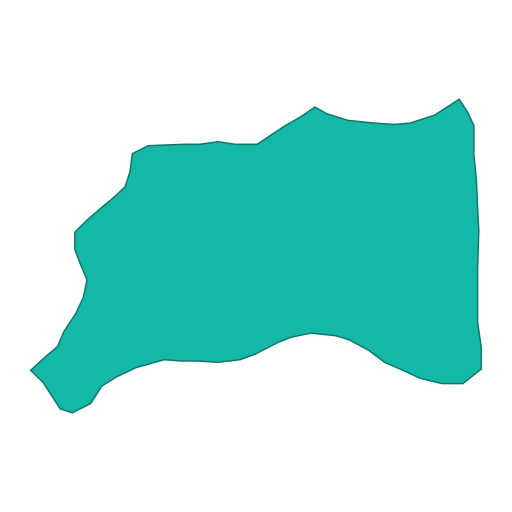 Gastria, Cyprus
{"feature_id": "46923920B84775184962851", "entity_name": "Gastria", "entity_type": "district", "adm_level": 2, "iso_a3": "CYP", "parent_name": "Cyprus", "parent_adm1": "", "projection": "equal_earth", "projection_center": [33.989, 35.335], "detail": "fine", "context": "isolated", "style": "filled", "palette": "teal", "viewbox_px": 512, "rotation_deg": 0, "n_neighbors": 0, "source": "geoboundaries", "source_scale": "gbopen_adm2", "svg_char_len": 941}
<svg xmlns="http://www.w3.org/2000/svg" viewBox="0 0 512 512"><path d="M459.2,99.2L434.7,115.1L410.2,123.1L394.3,124.4L374.7,123.1L347.8,120.4L327.0,113.8L314.8,107.1L301.3,116.4L282.9,127.1L257.2,144.3L235.2,144.3L218.1,141.7L199.7,144.3L183.8,144.3L148.3,145.7L132.4,153.6L129.9,172.2L125.0,186.9L115.2,196.2L99.3,209.5L87.1,220.1L74.8,232.1L74.8,238.3L74.8,249.3L80.9,265.3L87.0,279.9L83.4,297.2L76.0,313.1L63.8,331.7L57.7,346.4L46.6,355.7L30.7,370.3L43.0,382.3L60.1,408.8L72.3,412.8L90.7,403.5L101.7,386.2L116.4,376.9L136.0,367.6L164.2,359.7L181.3,361.0L197.2,361.0L218.0,362.3L240.1,359.7L254.8,354.3L278.0,342.4L291.5,337.1L311.1,333.1L335.6,335.7L349.0,339.7L368.6,350.3L384.6,362.3L402.9,370.3L420.1,378.3L442.1,383.6L462.9,383.6L481.3,369.0L481.3,347.7L477.6,322.4L477.6,295.8L477.6,267.9L478.8,230.7L477.6,208.1L476.4,180.2L473.9,155.0L473.9,125.7L467.8,112.5L459.2,99.2Z" fill="#14b8a6" stroke="#0f766e" stroke-width="1.5"/></svg>